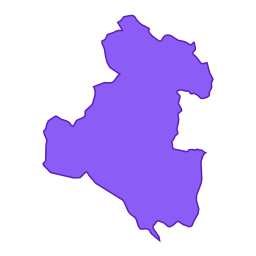 SVG path tracing the border of Karlovacka
{"feature_id": "HRV-1583", "entity_name": "Karlovacka", "entity_type": "County", "adm_level": 1, "iso_a3": "HRV", "parent_name": "Croatia", "parent_adm1": "", "projection": "orthographic", "projection_center": [15.498, 45.287], "detail": "fine", "context": "isolated", "style": "filled", "palette": "violet", "viewbox_px": 256, "rotation_deg": 0, "n_neighbors": 0, "source": "natural_earth", "source_scale": "10m", "svg_char_len": 3508}
<svg xmlns="http://www.w3.org/2000/svg" viewBox="0 0 256 256"><path d="M205.4,152.8L203.4,154.7L201.2,160.7L201.0,162.8L201.8,179.2L201.0,183.5L196.5,195.4L196.4,200.6L198.8,208.9L198.0,213.8L193.2,222.3L192.3,225.2L192.2,225.3L190.6,226.6L189.3,226.6L187.9,226.5L187.0,225.8L186.3,225.5L183.4,224.7L178.9,221.7L177.9,221.4L177.1,221.6L173.5,224.9L172.3,225.6L169.7,226.8L168.1,226.5L163.9,222.9L159.7,221.3L158.0,220.9L156.8,221.2L154.9,224.1L154.3,224.7L153.8,225.2L153.3,225.7L153.0,226.2L153.0,227.1L153.3,228.3L154.0,229.6L159.0,236.8L159.6,240.6L152.0,234.2L150.7,232.7L150.1,231.6L149.7,230.6L148.9,229.7L147.5,229.0L145.1,228.7L142.1,229.1L141.3,229.1L140.4,228.7L139.6,228.1L138.6,226.4L137.9,224.8L136.4,219.8L135.8,218.6L134.9,217.5L130.9,214.4L128.7,212.0L127.8,210.3L123.9,201.6L123.1,200.6L122.5,199.9L96.4,183.7L95.3,182.8L94.3,181.7L93.1,179.9L92.4,179.0L90.7,177.5L89.6,176.2L88.7,174.8L88.0,173.6L87.1,172.3L86.3,172.0L85.1,172.8L80.2,177.6L73.7,177.9L50.8,172.6L43.7,165.5L43.3,164.6L43.2,163.2L44.1,162.7L44.7,162.1L45.3,161.3L45.7,160.1L46.0,145.8L46.8,140.3L46.4,138.9L45.8,137.3L44.9,135.6L43.9,132.8L43.8,131.4L44.3,130.3L44.9,129.8L45.5,129.3L45.7,128.8L46.1,127.8L46.3,126.3L47.4,122.9L48.4,120.8L55.3,116.3L56.1,116.3L57.2,116.5L58.8,117.8L61.1,119.2L66.6,121.0L68.7,122.2L70.1,123.4L70.5,124.5L72.1,125.8L72.8,126.1L73.3,126.1L75.8,121.7L76.5,120.6L77.2,120.1L83.4,117.5L84.7,116.2L85.3,114.9L85.1,112.5L85.2,111.7L85.6,110.7L86.7,109.6L90.4,106.3L91.7,105.0L92.5,103.7L94.2,98.3L94.8,95.7L95.1,94.3L95.2,93.1L95.2,91.7L94.8,89.7L94.1,87.7L93.5,86.7L104.3,82.7L110.6,82.8L112.8,82.2L114.4,80.6L117.9,75.8L119.8,74.2L110.1,67.6L107.3,62.9L105.7,56.9L104.6,49.7L103.5,46.4L102.1,43.4L101.9,41.1L104.3,39.9L105.7,38.7L106.4,36.6L107.5,34.5L113.2,32.7L115.6,31.4L118.2,30.5L122.2,30.5L121.2,28.1L118.0,22.9L117.7,22.4L120.5,20.8L124.0,16.7L131.3,15.4L133.2,15.7L134.2,16.3L135.1,17.3L136.6,19.9L139.5,22.9L141.5,24.6L148.1,27.9L149.1,28.6L149.2,29.2L148.9,30.1L148.8,31.0L148.8,31.7L149.2,32.7L152.6,36.3L157.7,40.1L159.7,41.1L161.2,41.0L163.0,37.8L163.6,37.0L164.6,36.0L166.0,35.3L168.2,35.0L169.8,35.3L171.0,35.7L178.1,40.3L183.2,41.3L185.1,41.9L186.9,42.8L189.1,44.2L190.3,44.7L191.3,44.7L191.8,44.3L193.7,42.3L194.1,42.4L194.3,42.9L195.3,48.1L195.2,49.5L194.5,50.7L193.4,51.8L192.8,52.9L193.1,54.2L195.9,56.7L197.0,57.9L200.7,62.9L201.5,63.4L202.5,63.7L204.5,63.3L207.0,62.7L209.8,73.4L210.9,75.0L211.8,76.9L212.8,78.5L212.7,79.8L212.0,81.4L211.6,82.5L211.3,84.4L211.8,86.7L211.4,88.1L209.4,92.1L209.4,94.7L208.7,96.1L207.4,97.1L203.5,98.4L202.0,98.6L200.8,98.1L199.8,97.3L198.2,95.8L196.4,94.5L194.8,93.6L193.5,93.5L191.5,93.8L190.5,93.6L189.3,91.7L188.4,91.0L185.9,91.1L180.7,89.8L178.1,90.6L177.1,91.6L176.9,92.6L177.7,93.5L179.5,95.3L180.0,96.2L180.0,97.3L178.7,101.8L178.6,103.2L178.7,104.2L179.2,105.1L180.3,106.9L181.0,108.1L181.6,109.7L181.6,110.4L181.4,110.9L178.4,113.5L178.0,114.7L178.1,116.0L178.4,117.3L178.6,118.8L178.6,120.5L178.4,122.2L178.1,123.8L177.2,127.1L176.9,128.5L177.0,129.8L177.3,131.0L177.7,132.0L177.9,133.2L177.6,133.9L175.0,136.1L174.3,138.0L173.0,140.1L172.1,141.1L171.9,142.1L172.1,143.4L172.4,144.9L172.6,147.1L173.1,148.4L173.7,149.0L186.4,151.7L186.9,151.6L187.4,151.4L188.5,150.3L189.1,149.9L189.8,149.6L192.5,149.6L193.8,149.8L194.5,150.1L195.2,150.1L197.0,149.2L197.4,149.2L197.9,149.3L198.4,149.6L198.9,149.9L199.5,150.0L200.4,150.0L201.2,150.1L202.0,150.4L205.3,152.8L205.4,152.8Z" fill="#8b5cf6" stroke="#5b21b6" stroke-width="1.5"/></svg>